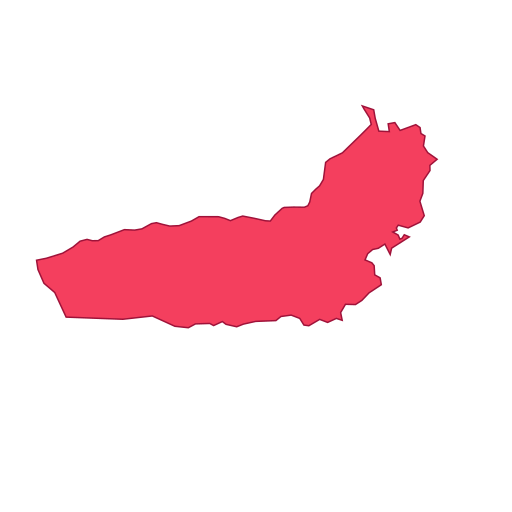 Bakhmal, Jizzakh, Uzbekistan (Mercator projection), rotated 156°
{"feature_id": "79887680B12051780015721", "entity_name": "Bakhmal", "entity_type": "district", "adm_level": 2, "iso_a3": "UZB", "parent_name": "Uzbekistan", "parent_adm1": "Jizzakh", "projection": "mercator", "projection_center": [67.761, 39.7], "detail": "fine", "context": "isolated", "style": "filled", "palette": "rose", "viewbox_px": 512, "rotation_deg": 156, "n_neighbors": 0, "source": "geoboundaries", "source_scale": "gbopen_adm2", "svg_char_len": 1622}
<svg xmlns="http://www.w3.org/2000/svg" viewBox="0 0 512 512"><g transform="rotate(156 256 256)"><path d="M108.2,211.1L111.9,215.1L115.4,212.8L117.7,212.9L117.6,217.3L121.3,222.3L116.5,222.1L116.4,224.5L113.5,226.3L105.6,219.8L92.2,220.2L85.9,224.4L84.0,239.4L78.1,245.4L72.5,256.9L62.3,263.3L60.3,268.1L51.2,270.7L57.1,280.6L58.3,288.4L52.8,296.9L55.5,300.8L53.9,306.6L56.6,311.0L73.3,312.1L74.9,321.4L81.5,323.0L83.6,315.4L93.0,320.1L91.1,333.3L89.0,341.7L97.8,349.8L97.5,346.3L96.0,335.9L97.2,329.3L103.8,326.7L111.4,323.8L135.1,315.1L148.8,314.7L154.3,313.2L163.3,298.5L169.4,294.2L174.3,292.7L179.8,290.6L184.9,283.5L188.2,280.8L192.0,280.9L201.8,285.4L210.5,288.9L212.7,288.9L222.0,285.8L228.7,282.1L233.0,284.3L242.2,291.1L251.9,297.9L256.8,298.5L265.0,298.7L269.3,303.1L274.2,307.1L292.0,315.1L300.8,314.2L313.9,315.0L322.6,318.4L328.5,322.9L333.4,326.9L338.3,328.1L349.2,327.2L356.3,329.0L365.5,333.6L380.2,334.4L386.8,335.1L393.9,334.2L399.3,336.5L403.6,339.9L410.7,341.1L419.5,338.6L431.5,337.2L448.4,339.2L458.2,341.4L460.7,332.3L460.8,317.3L454.7,304.5L454.3,277.4L403.4,252.4L375.1,243.4L358.7,224.8L347.0,218.0L338.9,218.6L325.7,213.2L323.0,209.7L313.4,209.8L311.2,205.8L302.4,199.2L295.2,198.9L282.9,196.4L264.1,188.9L257.8,190.6L247.9,187.7L241.4,181.2L240.3,173.4L236.1,170.8L223.6,172.2L217.6,166.2L208.0,166.3L203.4,162.2L201.7,169.9L193.9,175.5L184.9,171.2L177.3,172.4L167.6,176.4L153.2,178.8L151.5,185.5L155.2,190.5L152.0,199.1L152.9,202.6L158.0,208.1L153.0,212.7L146.8,214.5L141.1,213.3L133.4,214.5L132.8,202.8L128.9,208.0L108.2,211.1Z" fill="#f43f5e" stroke="#9f1239" stroke-width="1.5"/></g></svg>